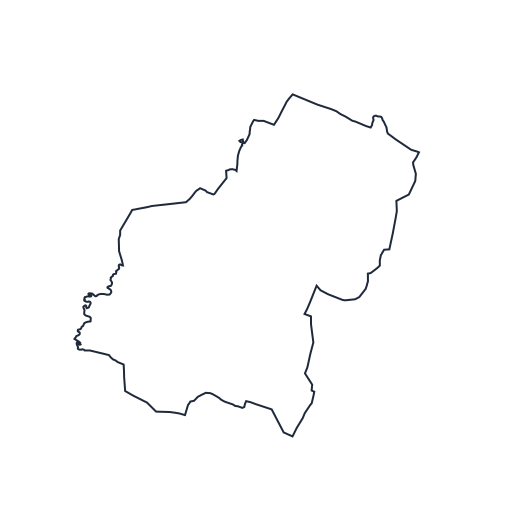 outline of Jahun, Jigawa, Nigeria, rotated 303°
{"feature_id": "59680162B13393519160177", "entity_name": "Jahun", "entity_type": "district", "adm_level": 2, "iso_a3": "NGA", "parent_name": "Nigeria", "parent_adm1": "Jigawa", "projection": "natural_earth1", "projection_center": [9.509, 12.058], "detail": "fine", "context": "isolated", "style": "outline", "palette": "slate", "viewbox_px": 512, "rotation_deg": 303, "n_neighbors": 0, "source": "geoboundaries", "source_scale": "gbopen_adm2", "svg_char_len": 4719}
<svg xmlns="http://www.w3.org/2000/svg" viewBox="0 0 512 512"><g transform="rotate(303 256 256)"><path d="M71.1,256.9L71.1,257.0L78.2,268.7L80.2,272.9L82.2,277.5L83.9,283.1L94.1,280.1L95.8,280.3L98.2,280.2L100.8,282.9L106.2,283.9L109.6,285.8L113.9,288.4L115.2,290.8L116.0,292.2L116.5,294.6L116.7,297.8L116.9,302.2L116.5,305.1L116.8,309.0L118.1,314.3L118.9,317.3L118.9,320.2L120.1,322.7L121.2,327.3L123.0,328.4L126.0,327.3L128.9,326.8L129.6,328.8L130.4,330.9L131.6,336.4L135.9,352.7L123.1,375.3L124.6,384.9L134.0,383.8L145.3,383.5L150.8,382.5L160.1,382.6L162.9,382.9L169.9,380.4L173.9,378.8L173.5,375.9L178.7,373.2L184.2,361.0L190.4,359.8L196.3,357.6L197.6,357.1L204.0,354.7L214.7,351.2L228.6,339.4L235.3,335.0L233.8,328.3L239.0,327.8L246.6,326.5L264.1,323.0L262.4,328.8L263.2,337.4L266.3,352.5L267.3,354.8L273.7,362.7L277.8,365.0L288.3,365.9L289.9,365.4L291.3,365.1L292.1,364.8L293.2,364.4L294.3,364.1L295.1,363.9L295.9,363.6L296.6,363.1L302.2,359.4L304.0,361.4L307.3,362.6L311.8,364.2L315.4,365.1L319.6,362.3L324.6,360.3L331.0,360.0L334.2,364.2L349.7,358.3L363.3,352.7L370.3,349.7L378.7,343.7L390.8,350.7L405.7,348.7L412.0,345.3L416.4,340.2L417.9,338.4L420.1,336.7L423.8,336.8L426.5,336.8L429.9,336.4L431.7,336.2L431.4,334.5L429.6,328.3L429.9,309.5L430.5,299.9L430.9,299.3L432.1,297.8L433.1,297.0L434.9,295.4L436.2,293.3L438.3,289.9L439.0,288.1L440.1,286.9L440.9,285.3L440.5,284.1L439.4,282.1L439.0,280.1L437.9,279.0L436.7,278.6L436.0,278.8L434.9,279.6L434.2,280.5L433.4,280.7L431.7,280.9L430.3,281.4L429.0,282.0L426.2,282.2L424.9,277.5L422.9,266.2L421.9,263.2L421.7,255.2L421.0,249.4L421.2,244.6L420.1,238.9L416.4,225.0L411.5,198.7L406.1,198.0L402.2,197.7L397.6,198.2L392.0,198.7L384.0,199.6L375.8,199.6L373.5,188.8L370.6,184.4L369.1,180.3L367.3,180.2L362.9,180.7L360.9,181.0L359.9,181.6L358.9,182.1L357.8,182.6L356.9,183.0L355.9,183.5L355.3,184.0L354.3,184.3L348.3,185.2L344.4,185.0L344.0,184.0L344.6,183.3L345.0,182.9L346.5,181.4L344.9,180.0L343.5,179.4L343.1,180.9L343.8,182.3L343.6,183.2L342.6,183.5L341.9,183.5L341.4,183.9L341.1,184.3L340.9,184.2L339.7,184.0L335.1,184.7L330.3,186.2L328.4,187.2L325.7,188.6L323.0,190.3L319.7,191.9L316.7,193.4L316.9,191.6L315.9,188.8L314.3,186.8L312.9,186.0L311.2,184.5L305.3,188.9L291.8,187.6L285.7,187.4L284.4,186.8L284.3,186.3L282.9,180.2L283.4,178.0L282.4,172.2L279.6,171.1L278.7,170.6L276.7,170.2L275.4,170.1L273.6,170.0L272.0,169.9L269.2,169.5L268.1,169.4L263.0,168.0L241.2,141.4L238.0,138.4L227.2,127.1L222.4,127.4L203.4,128.2L199.6,130.6L195.4,131.7L185.4,138.6L179.1,146.1L175.6,149.6L175.0,148.3L175.0,146.7L174.2,146.0L173.4,146.0L172.9,146.5L172.0,147.0L171.5,147.8L170.6,148.1L170.1,147.9L169.2,147.6L167.9,147.2L167.0,146.9L166.8,147.1L166.3,147.7L164.9,148.2L164.2,147.5L163.2,146.5L162.5,146.3L161.4,146.8L160.9,146.8L159.9,146.2L158.7,146.0L158.0,146.6L157.4,146.7L156.6,147.0L156.1,148.3L155.4,149.6L154.5,150.2L152.9,150.6L151.8,150.5L151.1,149.7L149.9,148.7L148.9,148.4L148.4,149.0L148.5,150.0L148.5,150.8L148.5,152.0L148.2,153.1L147.6,153.8L146.6,154.4L145.4,154.4L144.0,154.2L143.1,153.2L142.3,151.9L141.8,150.4L141.1,148.9L140.1,147.2L139.1,145.9L137.9,144.9L136.7,144.2L135.7,144.2L134.8,143.3L134.8,142.3L135.0,141.2L135.2,139.9L135.2,138.8L134.7,137.9L134.2,137.8L134.2,137.0L133.8,136.3L132.9,136.1L132.5,136.7L132.2,137.5L132.7,138.2L133.2,139.0L133.0,139.6L132.3,139.6L131.8,139.1L131.1,138.2L130.9,137.5L130.0,136.3L128.8,135.5L128.3,134.9L127.2,135.0L126.7,135.5L126.3,136.0L125.9,135.7L125.4,135.9L125.0,136.5L125.0,137.3L125.2,138.2L125.5,139.1L126.0,140.0L126.8,140.5L127.1,141.3L127.1,142.1L126.7,142.8L125.9,143.2L124.9,143.3L123.9,143.4L122.9,143.5L121.9,143.8L121.1,143.3L120.1,142.6L120.3,141.8L120.8,141.3L121.6,140.9L121.8,140.0L121.1,139.3L120.0,139.0L119.2,138.9L118.6,139.6L117.2,141.7L115.2,142.6L113.7,143.6L113.4,144.9L113.4,146.1L113.9,147.6L114.4,149.6L114.3,150.4L114.1,151.0L113.4,151.6L112.2,152.2L111.3,152.8L110.9,152.7L110.6,152.5L110.1,151.7L109.1,150.6L107.8,149.5L106.2,148.6L104.0,148.9L103.2,149.1L101.8,148.4L100.2,148.7L99.2,148.7L98.2,147.8L97.2,146.9L96.2,147.2L95.7,147.8L95.9,149.1L95.7,149.9L95.0,150.4L94.2,150.7L93.0,150.3L91.9,149.6L91.1,149.0L89.9,149.1L88.9,149.0L87.6,148.9L87.6,150.5L87.7,152.9L87.7,153.6L87.7,154.9L87.4,155.9L86.7,156.2L86.3,157.0L85.6,156.6L85.4,155.7L86.0,155.0L86.7,154.5L87.0,154.0L86.9,153.3L86.3,153.0L85.4,153.0L84.8,153.4L84.2,153.9L83.6,154.9L83.1,155.7L82.5,156.5L81.8,156.7L81.2,157.1L81.1,157.9L81.3,158.9L81.7,159.5L82.2,160.4L82.9,160.8L83.2,161.3L83.7,162.7L83.4,163.6L86.3,168.2L92.8,186.6L91.8,189.7L91.4,192.6L91.9,194.8L91.7,197.8L92.9,204.1L87.7,207.9L82.7,211.3L71.5,219.8L72.0,228.9L73.7,244.5L71.1,256.9Z" fill="none" stroke="#1e293b" stroke-width="2"/></g></svg>